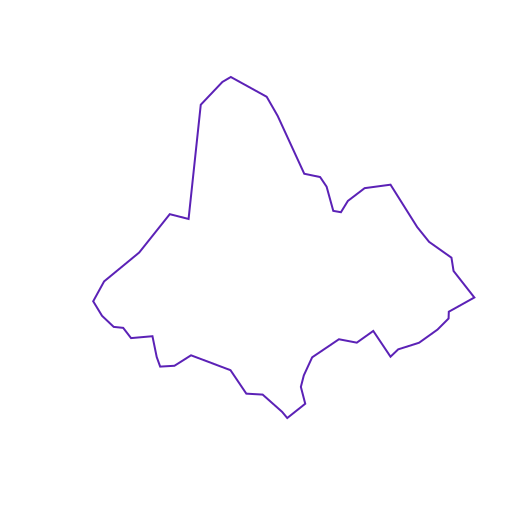 the district of Elbasan, Elbasan, Albania, rotated 236°
{"feature_id": "67620474B34590160208903", "entity_name": "Elbasan", "entity_type": "district", "adm_level": 2, "iso_a3": "ALB", "parent_name": "Albania", "parent_adm1": "Elbasan", "projection": "albers", "projection_center": [20.009, 41.064], "detail": "fine", "context": "isolated", "style": "outline", "palette": "violet", "viewbox_px": 512, "rotation_deg": 236, "n_neighbors": 0, "source": "geoboundaries", "source_scale": "gbopen_adm2", "svg_char_len": 769}
<svg xmlns="http://www.w3.org/2000/svg" viewBox="0 0 512 512"><g transform="rotate(236 256 256)"><path d="M106.0,214.2L122.4,220.0L130.3,228.9L140.6,245.9L140.6,278.2L127.8,291.1L128.3,311.3L97.3,311.2L99.1,321.7L92.9,342.7L93.5,365.3L96.5,380.7L102.0,384.7L99.5,413.8L133.1,411.4L145.3,417.1L170.9,407.4L189.8,405.8L239.9,407.4L251.5,384.0L250.3,363.0L244.8,350.9L250.2,345.3L274.0,353.3L285.6,353.3L297.2,342.0L360.0,352.3L382.0,353.9L418.5,335.2L419.1,325.5L412.3,294.8L324.4,220.8L338.9,207.9L324.2,161.1L319.9,115.9L309.5,95.7L292.5,94.9L276.8,98.4L270.7,105.7L257.8,106.5L247.4,125.3L227.8,117.2L217.9,114.7L210.6,127.0L210.0,146.6L175.6,171.0L147.3,171.0L137.4,184.0L112.2,190.5L104.2,191.3L106.0,214.2Z" fill="none" stroke="#5b21b6" stroke-width="2"/></g></svg>